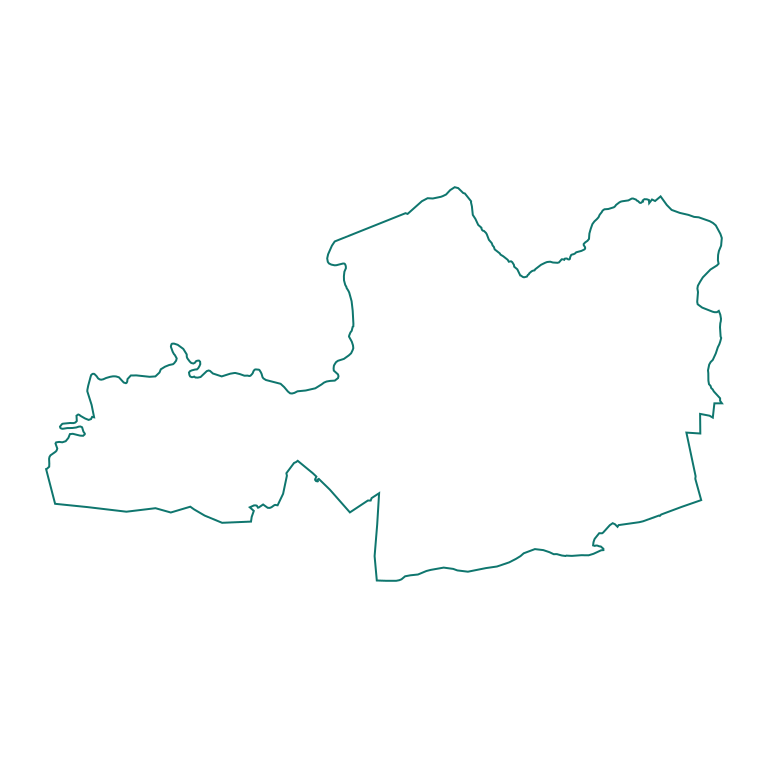 Matlapa, San Luis Potosí, Mexico (Albers equal-area conic projection)
{"feature_id": "50627088B6304595362200", "entity_name": "Matlapa", "entity_type": "district", "adm_level": 2, "iso_a3": "MEX", "parent_name": "Mexico", "parent_adm1": "San Luis Potosí", "projection": "albers", "projection_center": [-98.85, 21.333], "detail": "fine", "context": "isolated", "style": "outline", "palette": "teal", "viewbox_px": 768, "rotation_deg": 0, "n_neighbors": 0, "source": "geoboundaries", "source_scale": "gbopen_adm2", "svg_char_len": 6064}
<svg xmlns="http://www.w3.org/2000/svg" viewBox="0 0 768 768"><path d="M55.1,503.8L87.5,507.1L126.4,511.7L155.5,508.2L170.8,512.5L190.3,506.7L194.1,509.4L204.7,515.6L222.1,522.8L251.0,521.6L251.7,516.9L253.8,510.9L249.8,507.3L254.0,505.4L255.8,505.4L256.8,505.7L258.0,507.7L258.7,507.5L263.1,504.5L267.7,507.8L269.8,507.9L271.5,507.2L274.3,505.2L275.1,504.9L277.6,505.3L283.1,493.8L286.9,475.7L286.4,473.2L294.0,463.0L296.2,462.0L297.7,460.8L312.9,473.3L316.4,476.6L315.1,479.3L315.2,480.0L316.1,481.1L317.7,481.4L317.9,481.2L317.5,479.7L318.8,478.9L329.9,489.7L349.9,512.4L367.9,500.5L370.7,500.5L371.6,498.1L379.1,493.2L377.2,524.4L374.6,556.1L376.8,580.5L386.3,580.8L396.2,580.8L399.3,580.2L401.5,579.3L405.1,576.3L410.4,575.3L418.0,574.5L426.4,571.0L430.7,569.9L443.7,567.6L453.2,568.9L457.3,570.4L467.9,571.7L485.9,568.1L497.0,566.5L509.1,562.4L516.1,558.8L520.5,556.1L523.7,553.3L534.9,549.1L543.3,550.1L549.5,552.2L553.7,554.2L556.8,554.1L561.8,555.5L565.6,556.0L566.3,555.6L571.8,555.9L581.3,555.2L588.6,555.3L593.5,553.8L601.1,550.3L603.4,550.1L603.4,548.8L600.8,546.5L599.2,546.3L597.4,545.6L596.0,545.5L594.8,545.9L593.1,545.4L593.5,542.2L594.2,540.0L594.7,538.8L599.2,533.2L602.0,533.3L603.1,532.6L609.8,525.2L612.7,523.2L614.9,524.2L617.5,526.8L618.6,525.1L639.2,522.2L643.0,521.3L659.1,515.5L659.8,515.9L661.2,514.5L681.6,506.9L701.2,500.1L695.3,478.8L695.6,476.2L686.4,432.6L700.3,433.5L700.1,413.9L709.5,415.7L712.8,417.6L714.4,403.3L721.9,403.3L720.1,400.8L720.1,398.3L713.8,391.4L712.6,389.3L711.3,388.2L710.5,385.8L709.0,384.2L708.4,380.7L708.3,373.2L708.0,370.3L709.2,364.6L710.6,362.1L712.8,359.9L715.8,353.4L717.8,347.3L719.3,344.3L720.2,341.7L721.2,338.0L720.6,336.5L720.0,327.2L720.3,323.2L720.8,321.2L721.0,318.8L720.3,314.7L718.8,310.9L716.9,312.2L714.6,312.2L712.6,311.7L702.2,307.6L697.7,304.3L697.2,301.9L698.0,292.1L697.4,288.5L697.9,285.7L700.0,281.9L702.8,277.4L710.5,269.5L717.0,265.4L718.6,263.7L717.9,260.2L718.1,255.0L718.9,251.0L721.1,245.7L721.8,238.0L720.4,233.9L715.8,225.4L713.0,223.0L709.8,221.2L698.7,217.3L694.1,216.9L688.5,214.9L679.8,212.9L671.6,209.9L666.8,205.0L660.6,196.4L655.1,201.0L652.0,199.5L649.2,203.1L648.9,200.0L646.9,199.3L644.4,199.2L642.7,200.5L643.0,201.6L642.0,202.0L641.3,202.7L640.4,202.9L639.7,202.7L637.9,201.0L636.9,200.6L636.0,199.6L633.0,198.5L631.7,198.6L628.4,200.4L622.1,201.3L620.6,201.7L619.2,202.5L616.1,204.9L614.9,206.5L613.8,207.3L608.3,209.0L604.4,209.3L602.6,210.6L601.7,212.2L599.7,214.7L598.5,217.3L596.8,219.2L594.4,221.4L592.4,224.1L590.7,228.9L589.4,233.5L589.0,238.9L587.5,240.8L585.2,242.4L583.7,244.0L583.7,245.1L585.1,247.3L585.1,248.6L584.5,249.4L581.4,250.9L576.2,252.3L575.1,253.4L573.6,254.2L572.1,254.5L571.1,255.1L570.2,257.1L569.8,259.0L569.3,259.4L568.2,259.4L566.8,258.5L565.1,258.6L564.8,258.7L564.2,259.8L563.0,259.3L561.7,259.3L559.0,262.4L557.5,262.8L552.9,262.5L550.2,261.7L547.2,262.0L545.3,262.7L541.0,264.8L535.3,269.2L534.5,270.4L533.4,270.5L531.6,271.3L529.2,273.4L528.8,274.3L527.8,275.0L526.9,276.6L524.0,277.3L522.7,276.9L521.0,275.6L520.3,275.5L517.3,269.3L514.2,266.7L513.9,264.8L512.2,262.1L511.0,261.3L508.8,261.7L507.7,259.8L503.3,256.3L500.5,254.6L499.8,253.4L494.7,249.4L493.8,246.8L492.6,245.5L491.8,243.2L488.9,239.8L486.8,234.3L485.9,232.8L483.9,230.9L482.9,230.7L482.1,230.0L481.4,228.4L481.4,227.7L478.2,224.9L475.4,218.9L472.8,214.9L471.9,206.3L471.0,202.4L471.1,201.3L464.9,193.5L463.2,193.0L458.2,188.1L454.7,187.2L450.2,190.1L446.1,194.5L442.8,196.1L440.9,196.8L432.8,198.5L427.6,198.2L421.9,201.2L407.6,213.9L405.5,213.2L335.6,241.1L334.7,241.5L331.9,245.7L328.1,254.3L327.2,258.4L327.8,261.8L328.9,263.4L331.3,264.6L334.6,265.3L336.4,265.2L343.1,263.5L344.0,263.5L344.7,263.8L345.3,264.7L345.8,266.2L345.9,268.2L344.4,271.7L343.9,276.2L344.0,280.3L345.2,284.8L346.4,287.0L346.6,288.0L348.2,290.5L349.2,292.5L351.6,301.2L352.7,310.8L353.4,323.8L353.3,326.4L352.7,326.8L351.7,330.8L350.4,332.5L349.2,335.5L349.0,336.6L351.8,341.7L353.0,345.4L353.3,348.2L352.6,350.2L351.1,353.3L348.8,355.4L343.9,358.9L337.9,360.8L336.0,362.2L334.4,364.7L333.9,365.8L333.6,368.3L333.8,370.6L338.0,374.4L338.5,376.2L338.0,378.1L334.8,380.6L330.1,380.9L326.6,381.5L324.0,382.6L321.6,384.4L315.3,388.3L305.7,390.5L297.5,391.3L294.4,392.9L292.0,393.5L290.1,393.3L287.9,391.5L284.2,387.1L280.6,383.8L265.9,380.0L263.4,378.4L262.5,377.1L261.6,373.9L260.8,372.2L259.5,370.1L258.9,369.7L255.8,369.4L254.6,369.7L253.4,371.3L252.9,372.8L252.2,373.9L250.5,375.7L249.3,376.0L247.5,375.6L244.4,375.7L239.9,374.1L235.5,373.0L234.4,373.0L230.2,373.7L221.7,376.4L212.9,373.5L210.0,370.9L208.6,370.5L206.8,371.1L200.6,377.0L197.8,377.6L195.4,377.5L194.2,376.6L192.8,377.1L191.5,377.1L190.1,376.4L189.4,374.9L189.0,372.5L190.0,371.2L191.7,370.4L195.2,369.5L196.9,369.4L198.2,368.2L199.4,366.2L200.3,364.1L200.1,361.7L199.0,360.6L198.0,360.6L196.3,361.0L194.8,362.8L193.4,363.5L191.3,363.0L189.8,361.6L187.4,358.4L186.8,356.9L186.7,354.4L183.3,348.9L177.7,344.8L174.0,343.6L172.1,343.7L171.5,344.2L170.9,346.2L171.0,347.1L172.7,351.8L173.9,354.0L174.9,355.1L176.7,358.4L176.1,360.7L174.2,363.2L173.0,364.2L169.2,365.0L165.0,366.7L160.8,369.3L159.5,372.5L155.4,376.4L149.6,376.8L136.4,375.4L130.8,375.5L127.5,379.1L127.2,381.7L126.5,382.9L125.9,383.2L123.7,382.5L118.9,377.3L115.9,376.4L113.1,376.3L110.2,376.8L106.1,378.0L103.2,379.3L101.2,379.7L99.7,379.4L98.1,378.4L96.6,376.2L94.6,374.2L93.9,373.8L92.5,373.9L91.2,375.0L90.7,376.4L88.2,385.7L87.4,389.7L87.3,391.3L91.6,404.9L94.1,417.3L92.1,416.9L91.0,419.1L88.6,419.9L85.1,418.5L80.4,415.8L79.4,414.9L78.2,414.5L76.5,415.7L76.8,421.0L75.4,422.5L73.6,423.1L70.0,423.0L62.8,423.7L61.9,424.2L60.0,426.6L60.3,427.8L61.2,428.5L62.7,428.8L67.1,428.1L72.2,428.0L76.2,427.5L78.9,426.6L80.5,426.5L82.1,427.3L83.4,431.6L84.8,433.6L84.7,434.4L83.1,435.8L80.0,435.6L72.8,433.8L69.9,434.1L68.4,437.9L65.7,441.2L62.3,442.3L59.1,441.9L56.1,442.4L55.5,443.5L57.3,448.6L56.5,450.7L55.6,451.7L50.5,455.3L49.5,456.9L49.1,458.8L49.3,463.7L49.2,466.7L46.8,468.9L46.1,469.1L55.1,503.8Z" fill="none" stroke="#0f766e" stroke-width="2"/></svg>